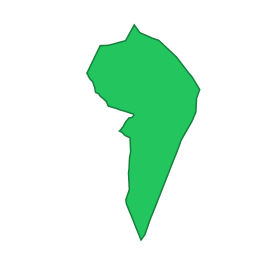 outline of Altai, Govi-Altay, Mongolia, rotated 25°
{"feature_id": "93677404B43539602383293", "entity_name": "Altai", "entity_type": "district", "adm_level": 2, "iso_a3": "MNG", "parent_name": "Mongolia", "parent_adm1": "Govi-Altay", "projection": "natural_earth1", "projection_center": [95.421, 44.108], "detail": "fine", "context": "isolated", "style": "filled", "palette": "green", "viewbox_px": 256, "rotation_deg": 25, "n_neighbors": 0, "source": "geoboundaries", "source_scale": "gbopen_adm2", "svg_char_len": 2821}
<svg xmlns="http://www.w3.org/2000/svg" viewBox="0 0 256 256"><g transform="rotate(25 128 128)"><path d="M98.3,36.6L90.1,31.9L88.9,49.9L75.2,61.4L68.0,65.1L67.6,95.9L68.6,96.4L69.3,96.8L69.7,97.3L69.9,97.4L70.1,97.8L71.0,98.4L71.9,99.0L73.4,99.9L73.6,100.0L74.4,100.2L74.5,100.3L76.0,100.8L76.3,100.9L77.8,102.4L77.9,102.5L78.3,102.9L79.5,104.2L79.9,104.5L80.0,104.7L80.2,104.8L80.6,105.1L81.2,106.0L81.6,106.6L81.8,106.9L83.2,109.0L83.9,109.5L85.1,109.4L86.1,109.4L86.5,109.4L87.6,109.6L88.1,110.1L88.3,110.3L89.1,110.7L89.3,110.8L90.2,111.2L90.9,111.3L91.3,111.4L93.0,111.8L93.8,111.9L94.0,112.0L94.3,112.2L94.4,112.3L94.8,112.6L95.1,112.6L95.6,112.5L95.8,112.6L97.1,113.1L97.3,113.2L97.7,113.4L98.0,114.0L98.8,114.6L99.3,115.1L99.5,115.4L99.7,115.7L99.8,115.8L100.1,115.8L100.4,115.9L100.6,116.0L101.1,116.5L102.4,116.2L102.7,116.2L104.5,115.9L106.7,115.6L108.3,115.3L109.0,115.2L111.1,115.1L113.0,115.0L117.0,114.3L118.4,114.1L118.5,114.1L119.2,114.0L120.6,113.9L120.8,113.8L124.3,113.5L126.6,113.0L126.9,113.1L128.0,114.2L127.9,114.5L127.8,115.1L127.7,115.4L127.6,115.6L126.8,117.1L126.7,117.3L125.6,117.9L125.2,118.1L124.6,118.4L124.6,118.5L124.5,118.8L124.2,120.0L124.1,120.5L123.8,121.5L123.4,123.0L123.3,123.8L123.2,125.0L123.1,127.0L123.1,128.1L123.1,128.5L123.0,129.3L122.8,129.9L122.7,130.3L122.5,130.7L122.5,131.2L122.4,131.6L122.3,131.9L122.3,132.0L122.0,132.9L121.5,134.4L123.6,134.4L124.6,134.5L127.4,135.6L127.8,135.8L128.4,135.9L128.9,136.0L129.2,136.0L129.7,136.0L130.5,136.0L134.1,136.0L135.7,139.3L136.3,140.5L136.5,140.9L137.2,142.3L138.0,143.8L139.0,145.6L139.4,146.5L139.5,146.5L139.7,147.0L140.0,147.4L140.1,147.7L140.4,148.2L140.5,148.7L141.0,150.6L141.4,152.1L141.9,154.2L142.3,155.1L143.1,157.1L143.2,157.3L143.4,157.9L143.9,159.1L144.5,160.5L145.0,161.8L146.0,164.0L146.8,166.7L146.9,166.8L147.0,167.1L147.2,167.8L147.5,168.7L147.6,168.8L147.9,169.4L148.8,171.1L149.0,171.5L149.2,171.8L149.6,172.5L149.8,173.0L150.1,173.6L150.3,173.9L150.8,174.9L151.3,175.9L152.5,178.0L152.6,178.3L153.2,179.4L154.0,181.0L155.2,183.1L155.6,186.5L155.7,187.8L156.1,191.2L156.2,192.1L156.4,194.0L158.0,196.4L158.5,197.3L161.1,199.7L163.5,202.0L164.2,202.6L166.7,204.9L168.9,206.9L171.0,208.9L172.3,210.1L174.5,212.2L176.1,213.7L178.9,216.3L180.7,218.0L182.1,219.3L183.5,220.6L184.8,221.8L187.1,224.0L188.4,217.6L186.7,201.6L186.0,187.9L183.1,141.7L182.4,128.5L181.3,116.5L181.9,109.5L183.1,95.8L182.8,85.0L181.4,81.4L180.8,80.0L180.2,78.6L179.7,77.4L179.2,76.1L178.7,74.9L178.2,73.6L177.8,72.7L177.6,72.2L177.5,71.7L177.5,70.9L177.4,69.9L177.3,69.7L177.2,67.7L177.1,67.2L177.0,65.7L176.9,64.9L176.8,63.5L176.7,62.8L176.2,62.5L174.9,61.6L173.5,60.7L172.2,59.8L171.3,59.2L164.4,54.6L159.3,52.3L148.5,46.6L141.9,43.2L118.9,35.6L111.9,36.3L98.3,36.6Z" fill="#22c55e" stroke="#15803d" stroke-width="1.5"/></g></svg>